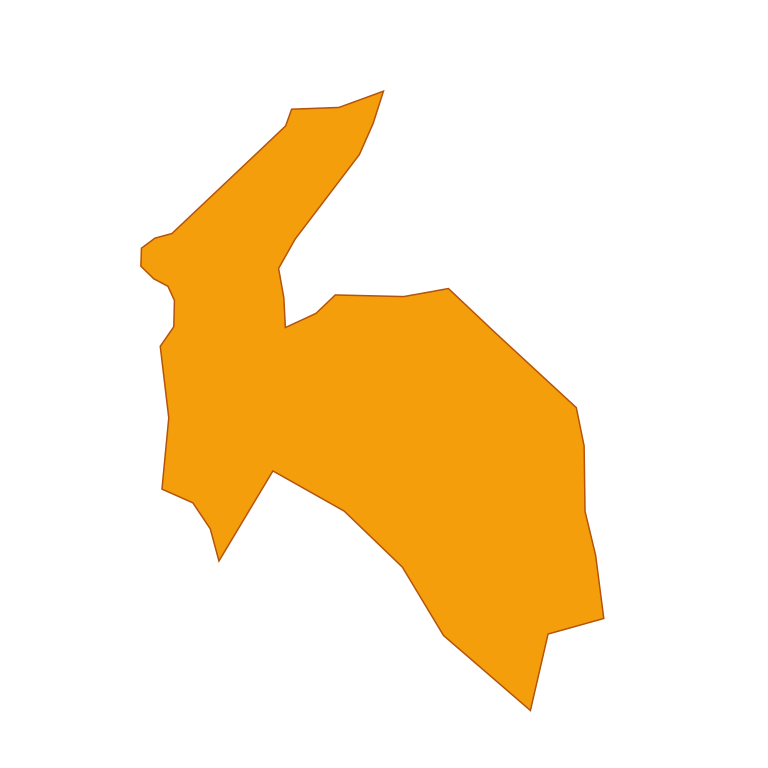 map outline of Ibanda (orthographic projection), rotated 103°
{"feature_id": "UGA-3369", "entity_name": "Ibanda", "entity_type": "County", "adm_level": 1, "iso_a3": "UGA", "parent_name": "Uganda", "parent_adm1": "", "projection": "orthographic", "projection_center": [30.484, -0.063], "detail": "fine", "context": "isolated", "style": "filled", "palette": "amber", "viewbox_px": 768, "rotation_deg": 103, "n_neighbors": 0, "source": "natural_earth", "source_scale": "10m", "svg_char_len": 674}
<svg xmlns="http://www.w3.org/2000/svg" viewBox="0 0 768 768"><g transform="rotate(103 384 384)"><path d="M536.4,576.7L465.4,586.1L397.6,610.5L375.5,601.7L349.7,607.0L337.4,616.5L333.3,632.0L323.9,647.4L306.2,650.9L293.4,640.0L285.1,624.5L185.6,558.4L154.6,537.9L137.0,535.8L124.7,490.2L98.8,450.4L132.6,453.2L166.0,459.6L262.6,503.1L295.1,512.7L322.5,501.0L351.2,492.8L330.4,466.1L308.2,451.5L294.4,384.5L276.5,342.7L309.2,286.9L363.8,191.3L399.3,175.1L462.8,159.5L503.2,139.3L563.0,117.1L590.7,167.9L669.2,167.9L615.7,269.4L558.3,324.9L516.8,394.2L493.7,472.7L593.6,505.0L564.2,520.7L542.8,543.5L536.4,576.7Z" fill="#f59e0b" stroke="#b45309" stroke-width="1.5"/></g></svg>